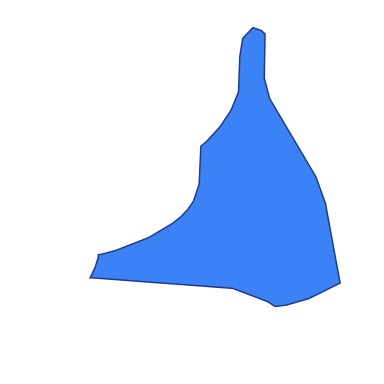 SVG path tracing the border of Wanica, rotated 252°
{"feature_id": "SUR-74", "entity_name": "Wanica", "entity_type": "District", "adm_level": 1, "iso_a3": "SUR", "parent_name": "Suriname", "parent_adm1": "", "projection": "natural_earth1", "projection_center": [-55.199, 5.79], "detail": "fine", "context": "isolated", "style": "filled", "palette": "blue", "viewbox_px": 384, "rotation_deg": 252, "n_neighbors": 0, "source": "natural_earth", "source_scale": "10m", "svg_char_len": 566}
<svg xmlns="http://www.w3.org/2000/svg" viewBox="0 0 384 384"><g transform="rotate(252 192 192)"><path d="M141.8,68.6L150.4,76.7L158.7,82.6L161.3,83.4L160.7,87.4L160.0,101.7L162.1,137.0L168.2,163.8L171.9,173.7L176.9,182.9L182.8,190.5L197.2,201.2L232.8,214.6L235.2,220.8L245.3,238.7L257.7,254.4L272.8,267.2L306.0,279.3L322.4,287.7L329.5,300.7L324.2,307.8L319.7,310.3L277.9,295.9L256.9,294.7L168.1,314.5L140.1,315.4L59.6,304.7L54.5,269.8L55.3,246.8L57.4,235.7L64.4,230.0L87.8,200.9L141.3,70.3L141.8,68.6Z" fill="#3b82f6" stroke="#1e3a8a" stroke-width="1.5"/></g></svg>